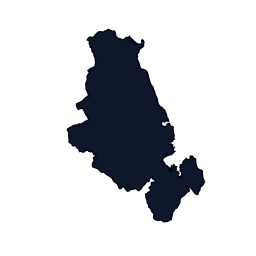 outline of Memba, Nampula, Mozambique, rotated 345°
{"feature_id": "85939544B76219123027909", "entity_name": "Memba", "entity_type": "district", "adm_level": 2, "iso_a3": "MOZ", "parent_name": "Mozambique", "parent_adm1": "Nampula", "projection": "natural_earth1", "projection_center": [40.424, -13.966], "detail": "fine", "context": "isolated", "style": "filled", "palette": "ink", "viewbox_px": 256, "rotation_deg": 345, "n_neighbors": 0, "source": "geoboundaries", "source_scale": "gbopen_adm2", "svg_char_len": 5949}
<svg xmlns="http://www.w3.org/2000/svg" viewBox="0 0 256 256"><g transform="rotate(345 128 128)"><path d="M111.5,32.4L113.0,33.6L113.1,34.2L113.0,35.8L112.4,36.4L112.8,37.6L112.6,40.3L113.6,40.8L113.2,44.7L114.7,47.6L113.9,48.8L114.4,52.1L113.7,56.4L112.5,59.4L111.5,60.3L107.2,61.0L104.3,62.2L104.5,63.1L105.1,63.5L105.2,64.4L102.1,67.2L101.5,68.7L101.1,71.8L99.9,72.2L99.8,73.5L98.9,74.1L98.6,74.7L98.2,77.3L97.6,79.4L98.3,83.0L98.3,84.7L98.8,85.8L98.7,87.0L98.3,87.3L97.3,86.8L96.4,87.5L95.0,87.7L90.5,90.4L85.1,91.3L84.6,91.6L84.1,92.6L84.3,95.3L84.9,97.2L86.4,96.8L89.8,97.1L89.8,99.2L90.3,100.9L90.6,103.4L91.6,106.1L92.5,110.0L88.5,110.6L86.1,111.6L82.9,112.1L82.1,111.6L81.6,112.0L81.1,111.6L80.2,111.9L76.0,111.5L72.8,112.6L71.7,112.4L71.0,113.2L70.0,113.1L69.3,113.4L69.0,114.6L69.7,116.4L69.7,117.3L68.7,120.4L68.2,124.2L67.4,126.1L68.4,127.6L69.3,128.1L69.7,128.7L69.8,130.6L70.9,131.2L72.2,131.3L73.1,131.8L73.2,132.9L74.0,134.5L75.0,134.8L75.2,135.3L74.9,136.8L75.3,138.2L77.2,138.3L77.6,139.3L79.1,139.8L80.8,138.9L83.5,138.7L84.0,140.2L85.2,140.5L85.5,141.2L87.6,141.4L88.0,144.0L88.5,145.2L89.1,145.1L89.1,144.7L89.4,144.4L90.4,144.3L90.4,144.8L89.7,145.8L89.4,147.2L88.9,147.5L87.4,147.5L87.0,147.9L86.8,148.7L87.0,150.5L84.5,153.3L84.0,154.6L83.9,156.3L88.6,159.6L90.8,163.7L93.8,164.5L94.3,166.1L99.1,171.4L99.9,172.9L100.5,175.9L102.3,177.9L103.2,179.3L103.8,182.0L103.9,183.7L104.4,183.9L104.6,184.4L106.0,184.4L107.3,183.4L108.8,183.5L109.6,185.2L109.9,186.9L111.3,189.1L112.8,188.9L114.6,187.9L116.9,188.5L119.3,188.2L121.0,189.8L121.5,191.0L122.4,191.4L125.0,190.0L127.1,188.0L130.0,186.6L131.3,185.0L132.7,184.6L134.2,184.9L134.7,184.4L135.4,182.8L138.9,181.4L139.2,182.3L138.8,183.2L139.2,184.0L140.9,185.7L140.8,186.6L140.0,187.1L139.4,187.2L136.6,186.7L135.8,189.0L135.7,190.2L133.2,190.9L133.0,191.3L133.1,191.9L134.4,193.6L134.1,194.5L132.8,194.8L131.7,195.4L130.6,195.3L129.9,196.6L128.4,196.3L127.8,196.8L127.8,198.9L127.3,199.4L127.6,200.2L127.5,201.0L127.8,202.4L127.2,205.1L128.1,207.5L127.6,209.6L129.2,211.8L129.4,214.8L130.7,217.2L130.7,218.5L129.9,220.2L129.5,221.5L130.8,223.8L132.8,224.7L136.7,225.6L137.1,226.0L137.8,227.5L138.3,227.8L142.7,228.4L144.4,227.5L146.1,227.7L146.4,226.4L147.3,225.4L147.4,224.7L149.3,221.1L151.5,219.2L152.3,218.0L154.2,217.9L158.0,214.3L158.8,213.2L159.4,211.1L161.0,209.0L161.6,208.6L164.4,207.8L167.1,206.1L167.7,205.4L168.7,205.0L169.9,205.1L170.9,204.6L170.6,203.8L171.1,203.2L170.8,202.7L170.9,201.8L170.5,200.6L169.3,200.5L168.7,199.9L168.8,199.4L169.3,198.8L170.0,199.1L170.2,199.8L171.1,199.4L171.9,199.7L172.5,201.5L174.6,204.7L174.7,206.0L176.2,208.9L177.6,210.2L178.3,210.1L179.7,207.7L181.0,206.8L183.0,203.2L184.3,203.1L185.3,202.6L186.9,201.2L187.2,200.3L187.8,199.9L187.5,199.7L187.8,197.5L187.4,197.0L187.3,196.1L187.7,193.0L188.6,188.8L187.8,187.7L186.6,187.1L184.6,185.1L184.3,183.6L184.3,179.6L185.2,175.4L183.9,174.6L183.0,172.0L180.9,171.4L180.1,173.7L179.1,174.5L176.9,173.7L176.3,172.6L176.0,173.1L173.8,173.9L172.1,175.4L172.1,176.2L172.4,176.4L172.4,176.8L171.9,176.9L171.4,177.8L170.9,177.8L170.8,177.4L170.2,177.0L168.9,177.3L168.7,178.9L168.0,179.3L168.2,179.7L168.1,181.1L167.6,182.0L167.7,182.6L167.3,183.0L168.2,184.0L168.3,184.9L167.8,187.5L166.7,190.3L167.1,191.0L166.4,190.3L166.8,189.8L166.7,189.2L167.1,188.4L167.1,187.9L165.0,189.1L164.5,189.0L164.4,188.4L164.7,188.0L164.1,186.9L164.1,186.0L165.3,185.2L165.4,184.9L165.1,184.6L165.3,184.1L164.6,182.8L163.8,182.7L163.1,181.6L163.0,180.8L163.8,180.4L164.2,178.4L164.8,178.1L163.2,177.2L162.9,176.5L162.9,175.4L162.5,175.2L162.1,175.6L162.2,176.7L161.8,177.4L161.4,177.4L161.1,177.1L161.1,176.4L160.4,176.9L160.2,176.4L160.0,177.0L159.5,177.4L159.8,178.4L160.2,178.5L160.9,179.7L160.3,180.7L159.8,180.5L159.1,179.1L158.5,178.8L158.3,179.2L158.8,180.6L158.6,181.3L156.2,180.1L156.4,179.3L157.5,179.2L157.5,178.4L158.1,177.7L156.3,175.6L156.0,174.7L154.6,173.8L153.8,170.7L153.5,170.8L153.2,170.3L153.1,168.6L152.9,168.5L152.6,168.9L152.5,168.4L153.1,167.8L153.9,166.3L155.0,165.9L155.1,165.5L157.0,165.4L158.1,165.0L158.5,163.6L158.3,162.9L158.8,163.0L158.9,164.9L162.3,164.6L163.0,164.9L163.6,164.2L164.9,163.9L166.3,162.9L167.0,162.7L166.3,162.0L166.0,161.1L166.3,160.0L167.5,158.8L166.4,158.7L166.1,156.6L166.6,156.4L166.6,155.9L165.7,156.0L165.3,154.7L165.1,154.9L164.6,154.4L163.6,154.7L163.3,154.2L163.3,153.0L164.1,152.1L165.6,152.9L166.2,152.2L167.3,152.3L169.2,150.5L169.8,150.6L169.6,150.1L169.8,148.6L170.7,147.1L170.4,144.7L170.9,144.0L171.0,140.6L171.7,139.7L171.5,138.2L170.6,138.1L169.8,137.5L169.1,134.4L168.6,134.5L168.2,134.1L167.7,134.6L166.9,134.3L166.6,135.0L166.8,136.1L166.0,136.4L165.0,136.1L163.9,136.4L161.3,134.4L161.2,132.8L161.5,131.7L163.0,130.2L164.7,130.3L165.0,131.1L164.6,131.5L164.9,131.7L167.3,130.9L168.5,131.8L169.1,131.7L168.9,129.1L168.3,128.3L168.5,125.6L168.2,121.2L167.8,120.1L165.6,116.6L164.6,115.6L163.5,113.4L163.3,111.2L163.7,107.4L162.9,102.3L163.0,99.2L162.5,97.8L162.7,95.2L161.4,92.4L160.9,89.4L161.0,79.0L160.3,77.6L158.5,75.7L156.4,74.9L155.3,73.0L155.3,68.5L154.6,63.9L154.6,63.1L155.7,61.4L155.5,60.4L155.9,59.2L158.1,57.3L158.9,55.5L160.4,54.3L162.8,53.7L164.3,52.6L164.9,50.0L165.5,49.6L165.4,47.5L164.7,46.6L163.9,47.0L163.6,48.0L164.0,49.2L163.2,50.1L161.8,50.3L160.3,50.0L158.0,48.4L156.1,45.4L155.5,45.0L155.8,45.8L155.5,46.9L156.4,47.9L155.9,48.8L156.4,49.9L156.2,49.8L155.8,49.4L155.7,48.8L156.0,47.9L155.0,47.1L154.7,45.7L151.9,44.5L152.3,44.3L153.5,44.7L154.8,43.9L155.7,44.3L153.6,41.8L153.1,40.0L151.3,41.0L150.4,40.2L149.7,40.8L149.1,40.4L148.1,41.2L146.7,41.4L144.8,41.1L143.1,39.5L141.7,39.4L141.3,38.2L140.7,37.7L139.9,36.0L140.2,34.0L140.2,31.7L139.9,30.9L137.6,30.3L136.9,29.6L134.3,27.7L132.4,28.5L130.8,28.4L129.2,29.0L128.2,28.8L126.3,27.9L124.5,27.6L123.8,28.1L122.8,28.3L122.0,29.0L120.4,29.5L119.8,30.6L117.6,31.5L114.5,30.3L112.8,31.2L111.5,32.4Z" fill="#0f172a" stroke="#020617" stroke-width="1.5"/></g></svg>